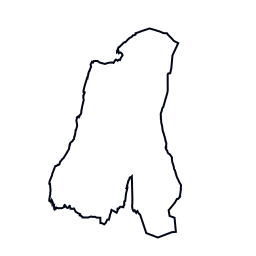 Meldal nor, Sør-Trøndelag, Norway, rotated 281°
{"feature_id": "86288312B14672421796799", "entity_name": "Meldal nor", "entity_type": "district", "adm_level": 2, "iso_a3": "NOR", "parent_name": "Norway", "parent_adm1": "Sør-Trøndelag", "projection": "robinson", "projection_center": [9.604, 63.038], "detail": "fine", "context": "isolated", "style": "outline", "palette": "ink", "viewbox_px": 256, "rotation_deg": 281, "n_neighbors": 0, "source": "geoboundaries", "source_scale": "gbopen_adm2", "svg_char_len": 5391}
<svg xmlns="http://www.w3.org/2000/svg" viewBox="0 0 256 256"><g transform="rotate(281 128 128)"><path d="M43.8,64.3L41.5,64.6L41.3,64.8L41.5,65.1L41.4,65.4L41.5,65.5L41.8,65.6L41.7,65.7L41.8,65.7L41.4,65.8L41.3,66.0L41.2,65.9L41.4,66.1L41.1,66.3L41.3,66.3L41.5,66.4L41.4,66.6L41.6,66.7L41.4,66.8L41.7,66.9L41.5,67.0L42.1,67.0L41.8,67.2L41.9,67.3L41.4,67.5L41.3,67.8L41.2,67.9L40.8,68.1L40.6,68.4L40.2,68.4L39.4,68.5L39.6,68.6L39.3,68.8L38.9,68.9L39.0,69.0L38.9,69.2L38.8,69.4L38.2,69.9L37.8,69.9L37.9,70.0L37.5,70.0L37.4,70.2L37.3,70.3L36.9,70.3L36.8,70.5L36.3,70.7L35.9,70.7L35.9,70.8L35.6,70.7L35.4,70.8L35.5,71.0L35.3,71.2L35.1,71.2L34.9,71.3L34.7,71.2L34.7,71.3L34.9,71.5L34.5,71.6L34.8,71.8L34.4,71.8L34.7,71.9L34.8,72.0L34.7,72.2L35.1,72.3L35.0,72.6L35.4,72.9L35.7,73.1L36.0,73.5L36.1,74.4L35.9,74.9L36.4,76.8L36.5,78.1L37.6,79.6L38.1,80.4L39.6,80.2L39.7,80.4L40.3,80.5L40.2,81.0L39.0,82.0L37.9,83.7L37.9,83.8L38.3,84.4L39.0,84.8L40.5,85.5L41.1,85.9L40.1,85.8L38.5,86.7L37.8,86.9L38.0,88.7L38.7,90.3L35.7,92.7L35.2,94.2L34.8,95.1L34.3,97.5L33.0,97.3L32.7,99.0L32.0,100.4L31.6,100.4L31.6,101.3L32.3,104.3L32.4,105.6L32.7,106.3L33.7,107.8L33.8,108.2L34.1,108.7L34.1,109.3L33.9,110.1L33.9,110.4L34.3,111.3L34.5,112.4L34.0,114.7L34.4,116.0L34.4,117.3L34.6,118.0L33.0,118.3L29.4,119.1L29.6,120.5L28.9,123.1L30.6,124.2L32.5,124.7L33.0,124.9L33.3,124.9L34.1,125.2L34.4,126.3L34.4,126.7L37.3,126.9L40.3,127.0L40.6,127.1L41.7,127.4L43.0,127.3L44.0,127.3L44.5,127.4L42.7,133.0L46.7,133.9L46.5,133.2L46.9,133.2L47.6,134.8L48.5,134.9L49.2,135.4L49.3,136.1L49.4,137.2L49.2,138.2L49.3,138.6L51.2,138.5L51.5,139.0L51.9,139.0L52.0,139.0L52.8,138.9L53.7,138.5L55.3,138.4L55.8,138.9L55.8,139.0L55.7,139.1L55.8,139.2L63.0,138.6L67.7,138.8L69.1,138.8L68.9,138.4L68.8,138.0L69.9,138.3L70.5,138.1L70.8,138.2L71.1,138.0L71.8,138.2L73.0,138.2L74.5,138.4L75.7,138.3L76.7,138.7L76.8,138.7L77.1,138.7L78.5,139.3L78.9,139.3L79.1,139.1L79.5,139.1L80.1,139.6L80.4,140.4L81.3,141.0L60.8,145.5L55.2,146.6L52.1,146.9L49.3,147.9L47.5,149.2L48.5,150.2L46.8,151.5L46.3,152.2L47.7,152.5L48.3,153.1L47.8,153.4L47.0,154.2L45.9,155.1L45.3,156.4L28.3,166.0L26.2,178.2L34.2,191.1L34.6,192.9L35.2,194.8L48.8,190.8L49.6,185.6L55.0,183.6L63.3,188.1L67.7,189.6L67.9,190.6L70.2,192.1L70.3,191.8L72.5,191.9L78.2,191.6L78.3,191.4L82.0,191.0L84.5,188.8L89.1,185.4L91.5,184.1L95.4,182.1L95.9,181.7L96.4,181.1L98.7,180.3L101.3,179.0L102.4,178.2L105.0,177.3L105.8,177.1L106.1,176.9L107.4,176.8L107.7,176.6L110.3,173.8L110.6,172.7L111.0,172.1L111.6,171.6L113.3,170.7L113.7,170.4L114.2,169.6L114.9,169.1L115.1,169.2L115.6,169.2L116.0,168.9L116.2,169.0L116.2,168.7L117.7,168.7L118.5,168.8L119.5,168.7L120.1,168.5L120.4,168.5L121.1,168.2L122.1,167.6L122.5,167.2L123.2,167.1L125.7,165.9L126.2,165.8L127.2,165.1L129.6,164.0L130.9,163.1L132.6,162.4L134.5,161.7L136.0,161.3L138.8,160.0L140.0,159.5L142.8,158.8L143.2,158.5L143.9,158.3L144.2,158.4L144.5,158.4L145.7,158.1L145.9,157.9L146.5,157.8L148.3,157.4L149.2,157.5L151.4,157.9L151.8,157.8L153.5,157.9L154.6,158.2L155.3,158.6L156.4,158.7L158.4,158.9L159.2,158.9L160.2,159.1L160.6,159.1L164.1,159.3L164.9,159.5L170.0,159.9L172.6,159.8L187.6,156.8L188.7,156.9L189.2,157.1L189.3,157.3L189.4,157.5L189.8,159.0L195.0,159.1L207.7,157.8L220.9,161.1L222.2,156.5L224.6,153.3L227.2,149.4L228.4,148.3L227.9,144.7L228.9,140.2L228.9,138.7L229.3,136.3L229.8,130.2L225.8,123.0L225.1,121.8L224.5,121.0L222.4,117.3L221.2,117.6L220.1,116.1L220.0,115.4L219.7,114.9L218.7,114.6L218.2,114.2L217.7,113.7L216.6,112.3L215.6,111.6L214.7,110.9L211.7,109.1L211.7,108.4L211.4,108.0L210.6,107.3L209.7,106.7L208.0,105.6L206.5,104.5L205.7,104.1L205.7,103.7L205.5,103.4L205.1,103.2L204.2,103.1L201.3,102.5L200.2,102.8L200.6,103.1L201.2,103.7L201.7,104.0L200.6,104.6L199.8,104.8L200.4,105.5L200.7,106.4L199.8,107.8L199.1,108.4L198.3,108.8L196.6,108.1L194.7,107.4L193.4,107.3L193.2,107.2L193.4,106.8L193.2,106.0L192.0,105.0L192.4,104.3L192.9,103.4L192.9,103.2L192.1,102.6L192.0,102.4L189.5,101.6L189.1,101.3L189.3,100.6L189.3,100.2L189.0,99.6L189.1,98.7L188.9,98.4L188.3,96.6L187.9,95.7L186.5,93.2L186.8,87.8L188.0,85.2L187.1,81.4L185.6,81.1L185.9,80.2L186.0,80.0L183.5,79.3L182.9,79.2L181.2,80.1L178.4,79.5L176.9,79.4L176.4,79.2L176.2,78.9L174.0,78.7L174.0,78.8L169.3,78.7L169.5,78.3L160.9,77.4L156.4,77.2L154.6,77.5L154.5,77.8L154.9,78.4L154.4,78.7L153.1,78.6L152.7,78.4L152.6,78.2L151.9,78.1L151.6,77.9L151.1,78.3L149.9,78.1L147.1,79.2L139.5,78.9L138.6,79.0L137.3,78.9L136.9,79.0L136.3,78.9L135.9,79.0L135.4,79.0L134.4,79.2L133.4,79.1L133.0,79.1L132.3,78.9L132.0,78.5L131.8,78.4L130.0,78.0L129.7,78.0L129.2,77.8L129.4,77.5L129.6,77.4L129.6,77.1L129.8,77.0L129.7,76.9L129.3,76.2L128.7,75.9L128.6,76.0L125.3,75.9L123.7,76.6L123.0,76.8L121.7,77.4L119.9,77.7L118.2,77.5L116.0,77.3L115.8,77.0L115.6,77.1L114.2,77.2L113.0,77.2L110.0,77.3L109.6,76.9L108.7,77.0L106.8,77.1L105.4,76.2L104.6,76.1L103.5,75.1L102.9,74.7L102.7,74.5L102.0,74.1L100.9,73.9L100.6,74.3L100.3,74.3L100.1,74.0L98.6,73.9L97.6,74.1L95.9,74.0L95.5,73.9L94.0,73.3L93.4,73.1L91.8,72.6L86.0,70.4L85.6,70.1L85.4,69.7L82.9,68.5L82.9,68.1L83.0,68.1L81.0,67.7L79.9,67.8L78.5,67.1L78.3,66.8L78.3,66.4L78.5,66.1L77.1,65.0L77.1,64.7L77.0,64.4L76.6,63.8L70.6,62.8L68.8,62.4L68.3,62.4L67.7,62.5L66.5,62.4L65.5,62.1L60.4,61.2L58.2,61.4L58.2,62.1L51.5,64.0L49.3,64.0L48.0,64.4L47.1,64.3L46.3,64.2L45.0,64.5L43.8,64.3Z" fill="none" stroke="#020617" stroke-width="2"/></g></svg>